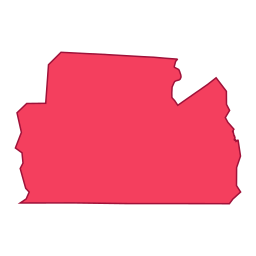 York, South Carolina, United States of America
{"feature_id": "52423323B59570542533624", "entity_name": "York", "entity_type": "district", "adm_level": 2, "iso_a3": "USA", "parent_name": "United States of America", "parent_adm1": "South Carolina", "projection": "albers", "projection_center": [-81.025, 34.993], "detail": "fine", "context": "isolated", "style": "filled", "palette": "rose", "viewbox_px": 256, "rotation_deg": 0, "n_neighbors": 0, "source": "geoboundaries", "source_scale": "gbopen_adm2", "svg_char_len": 1590}
<svg xmlns="http://www.w3.org/2000/svg" viewBox="0 0 256 256"><path d="M20.1,203.0L73.2,202.9L128.4,203.6L180.8,203.6L229.4,203.7L232.8,199.1L240.6,192.0L236.5,185.6L236.6,167.6L240.5,156.1L238.1,140.3L238.0,140.2L237.7,140.2L237.5,140.3L237.1,140.6L236.9,140.8L236.8,141.0L236.5,141.0L236.4,141.1L236.0,141.4L235.6,140.4L235.7,140.0L235.6,139.9L235.4,139.6L235.2,139.5L235.0,139.9L235.0,140.3L234.8,140.3L234.4,140.0L234.3,139.8L234.4,139.2L234.4,138.9L234.7,138.5L234.8,138.2L235.0,138.0L235.0,137.9L235.0,137.7L234.8,137.4L234.7,137.2L234.5,136.8L234.5,136.6L234.6,136.4L234.3,136.2L234.4,135.8L234.3,135.6L233.9,135.4L233.8,135.2L233.8,134.9L233.7,134.6L233.8,134.4L233.8,134.2L233.6,133.8L233.5,133.3L233.4,132.8L233.2,132.7L233.0,132.3L233.0,132.0L233.2,131.8L233.2,131.7L232.8,131.7L232.7,131.6L232.6,131.4L233.9,129.2L227.9,122.4L225.3,117.6L229.6,110.4L226.5,104.4L226.4,91.4L226.3,91.2L216.1,77.8L207.8,84.3L198.4,90.9L196.6,92.1L193.9,94.0L184.3,100.7L177.8,105.3L174.7,100.7L172.7,98.5L171.9,97.5L171.8,92.8L172.1,87.1L174.0,82.7L174.7,81.5L176.0,80.8L178.2,80.2L179.2,79.9L180.1,79.2L180.9,77.5L181.0,76.6L180.8,75.0L179.5,71.1L178.7,69.5L174.6,67.4L174.3,67.1L174.3,66.4L175.5,61.8L175.8,61.2L176.7,60.0L177.1,59.8L177.3,59.4L177.0,59.1L164.9,58.2L153.4,57.2L152.9,57.2L143.0,56.7L106.7,54.6L105.9,54.5L97.4,54.1L95.9,54.0L88.3,53.7L74.8,53.0L61.0,52.3L48.5,64.7L47.6,77.5L45.7,103.3L26.7,103.5L17.0,112.8L21.4,132.4L15.4,148.0L22.0,152.8L23.0,163.1L20.2,168.5L25.7,188.3L29.2,192.1L27.8,195.2L26.2,198.9L20.1,203.0Z" fill="#f43f5e" stroke="#9f1239" stroke-width="1.5"/></svg>